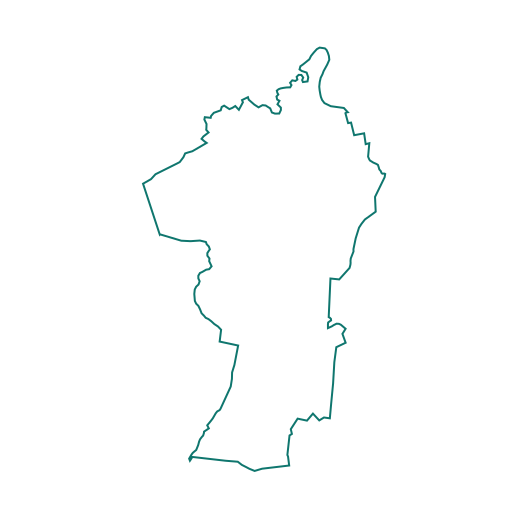 Perak Tengah, Perak, Malaysia, rotated 186°
{"feature_id": "92858781B97435964158184", "entity_name": "Perak Tengah", "entity_type": "district", "adm_level": 2, "iso_a3": "MYS", "parent_name": "Malaysia", "parent_adm1": "Perak", "projection": "orthographic", "projection_center": [100.916, 4.265], "detail": "fine", "context": "isolated", "style": "outline", "palette": "teal", "viewbox_px": 512, "rotation_deg": 186, "n_neighbors": 0, "source": "geoboundaries", "source_scale": "gbopen_adm2", "svg_char_len": 3125}
<svg xmlns="http://www.w3.org/2000/svg" viewBox="0 0 512 512"><g transform="rotate(186 256 256)"><path d="M201.1,51.1L203.2,60.0L204.0,61.4L203.9,81.0L201.7,82.8L203.3,87.4L197.6,98.6L188.1,97.6L182.9,105.2L175.9,99.1L171.5,102.5L165.6,102.3L165.8,115.8L166.0,137.3L167.0,158.6L166.6,173.7L157.8,179.1L161.9,187.6L159.3,193.0L164.4,196.5L166.4,197.2L168.8,197.1L171.5,195.4L173.2,194.0L176.9,191.8L177.3,195.4L177.3,197.4L176.3,198.4L174.6,199.8L174.9,201.3L176.1,202.3L177.3,202.8L179.6,241.4L170.8,241.4L161.7,253.9L161.2,257.1L161.2,259.0L161.5,261.0L161.5,263.4L159.5,270.7L159.8,273.0L158.7,284.0L156.5,295.0L154.4,299.1L151.5,303.7L141.6,312.6L143.8,327.2L136.3,347.8L136.1,351.1L136.8,351.4L139.0,351.1L140.0,351.9L140.7,353.4L142.4,355.0L143.4,357.5L144.3,359.4L146.1,360.2L149.2,361.2L151.0,362.1L152.7,362.9L153.7,364.3L154.9,366.5L155.1,380.0L158.6,378.7L161.3,389.3L171.0,386.4L175.4,398.6L178.3,397.8L182.0,407.4L181.0,408.3L179.8,408.6L184.1,412.4L197.3,412.8L203.9,415.2L206.6,418.1L208.1,421.0L208.9,423.4L210.0,427.3L210.8,431.0L210.8,435.8L210.3,440.0L208.9,443.7L208.1,446.9L205.2,453.8L203.6,458.8L204.4,462.5L205.8,465.7L207.4,468.3L209.2,469.7L214.5,469.9L217.1,468.1L219.8,464.4L222.2,460.7L223.5,457.2L229.3,451.4L231.7,449.3L232.0,447.3L232.2,446.1L229.8,444.8L224.8,443.7L222.7,439.2L223.0,435.0L227.5,433.9L228.5,435.8L227.7,438.4L229.8,440.8L232.5,440.6L234.3,438.4L233.3,435.8L235.1,434.2L238.3,434.5L240.2,431.8L238.6,429.7L239.6,427.3L243.3,426.8L246.5,426.0L249.1,425.2L251.0,424.2L252.6,422.6L251.8,420.5L250.7,418.9L252.3,416.8L251.3,413.8L248.9,412.8L250.5,409.1L246.8,406.2L246.5,403.8L247.8,400.1L252.1,399.6L255.2,400.4L257.3,404.3L260.0,405.6L262.1,406.7L265.3,406.7L269.0,404.1L273.5,406.4L279.6,410.7L280.6,413.1L286.2,409.6L285.1,407.5L288.3,399.6L292.3,403.0L294.9,400.9L297.8,399.3L303.4,402.2L305.7,400.6L306.3,397.2L310.2,395.3L312.9,394.0L315.3,390.6L315.5,388.7L321.4,388.7L321.6,386.3L319.0,382.1L318.7,377.9L318.7,376.3L316.1,373.9L320.8,369.4L322.4,366.8L319.2,364.6L316.9,363.3L330.3,353.5L334.3,351.9L337.2,350.6L338.5,346.7L340.4,343.5L341.7,341.4L344.1,339.8L364.5,326.8L368.4,321.5L375.9,316.1L354.2,267.8L353.9,267.2L353.7,267.5L331.9,263.4L322.7,263.9L313.4,265.5L307.3,264.7L306.3,262.6L303.9,260.5L302.6,257.8L303.6,256.0L304.7,253.8L304.4,251.2L302.0,248.6L302.0,245.9L300.7,243.8L299.1,241.1L301.2,238.0L304.1,237.2L307.8,234.5L310.0,233.2L311.3,230.3L311.0,227.7L309.4,225.0L310.2,221.6L312.3,219.2L313.4,216.3L313.4,211.8L312.1,204.9L310.5,202.3L308.1,200.4L306.0,197.0L304.1,193.3L301.5,191.2L299.6,189.3L296.7,188.3L293.6,186.4L290.4,184.0L286.4,181.9L283.0,179.0L283.2,167.1L264.4,165.1L266.1,145.3L267.6,137.7L267.1,131.2L267.5,123.5L275.3,100.4L276.1,98.9L278.3,97.4L279.6,95.4L280.8,92.7L282.0,90.0L283.7,87.2L286.8,82.5L284.9,79.6L289.3,75.9L289.3,74.4L289.8,71.9L291.0,70.3L292.5,67.8L293.2,65.4L293.7,62.0L294.5,59.2L295.2,56.8L296.9,55.1L298.3,53.6L299.4,51.7L301.3,47.5L300.3,45.5L299.6,46.8L298.3,49.5L264.7,49.2L252.6,49.5L248.3,46.8L243.6,45.0L240.4,43.7L234.9,42.1L227.7,45.1L201.1,51.1Z" fill="none" stroke="#0f766e" stroke-width="2"/></g></svg>